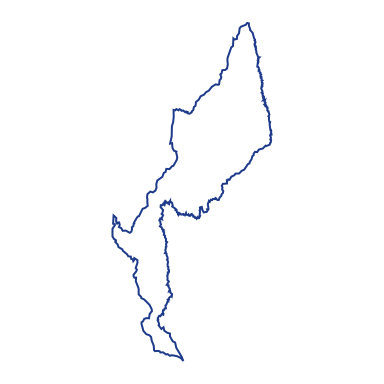 Muak Lek, Lop Buri, Thailand
{"feature_id": "78962969B19510908422026", "entity_name": "Muak Lek", "entity_type": "district", "adm_level": 2, "iso_a3": "THA", "parent_name": "Thailand", "parent_adm1": "Lop Buri", "projection": "equal_earth", "projection_center": [101.32, 14.773], "detail": "fine", "context": "isolated", "style": "outline", "palette": "blue", "viewbox_px": 384, "rotation_deg": 0, "n_neighbors": 0, "source": "geoboundaries", "source_scale": "gbopen_adm2", "svg_char_len": 6025}
<svg xmlns="http://www.w3.org/2000/svg" viewBox="0 0 384 384"><path d="M183.3,361.0L181.6,356.7L176.3,347.8L175.1,342.5L172.7,341.3L170.0,336.5L169.9,333.5L167.3,332.8L164.3,330.7L163.5,327.3L161.4,329.0L158.6,325.3L159.1,324.7L158.8,322.9L157.6,320.2L158.3,319.8L157.7,318.3L159.2,315.8L160.4,316.2L161.7,314.1L163.3,314.8L163.5,313.9L162.8,312.4L163.0,310.3L164.0,310.2L164.6,308.6L165.9,308.4L165.4,305.5L166.3,304.8L167.4,301.8L168.3,301.6L167.7,299.8L169.0,299.6L168.7,298.6L169.2,297.7L171.2,296.1L171.7,296.6L172.1,294.1L170.5,292.8L170.2,291.2L169.0,291.5L169.9,289.1L168.2,286.2L168.5,285.4L167.3,285.0L167.7,284.8L167.3,284.1L167.6,283.3L168.9,281.5L167.4,279.9L167.6,277.8L167.2,275.5L167.8,275.0L167.7,273.2L168.3,272.9L168.0,272.2L169.0,271.8L169.0,270.1L168.2,269.4L168.4,267.0L167.7,266.6L167.6,264.0L168.1,261.8L167.0,259.5L167.7,259.0L167.5,257.3L166.5,255.0L166.6,253.8L166.0,252.9L165.1,253.0L165.7,251.8L165.3,250.0L165.7,249.3L165.8,246.9L166.4,246.6L166.0,243.9L167.1,242.1L165.9,241.4L166.0,238.9L164.9,237.2L165.1,235.7L163.8,234.9L164.2,232.9L163.4,231.9L163.9,231.2L162.9,230.7L163.5,229.7L162.0,229.0L161.8,227.5L159.9,226.3L161.0,224.4L160.4,223.1L160.3,221.3L159.3,220.4L160.3,218.4L161.9,219.2L161.6,218.3L163.1,215.2L161.6,213.9L162.4,212.9L163.1,210.0L160.6,207.2L160.8,205.2L162.1,205.3L163.0,204.0L164.5,205.2L164.8,204.2L164.2,202.5L164.9,201.4L165.4,202.2L165.8,201.5L166.4,202.7L167.5,202.5L167.4,203.1L169.0,204.1L169.2,202.2L170.1,200.8L170.1,202.4L171.1,202.0L172.0,202.7L172.7,205.4L172.2,206.5L175.6,208.8L175.5,209.5L176.1,209.7L175.7,210.2L176.6,210.6L176.9,212.3L178.0,212.6L178.0,213.8L178.3,213.6L178.7,214.8L179.7,213.2L181.2,214.6L183.2,214.0L183.5,214.8L184.4,214.6L184.9,215.2L186.0,213.0L186.4,214.7L187.9,215.1L188.5,214.4L189.2,215.8L190.1,215.8L190.7,214.5L191.8,214.0L192.5,215.6L193.3,215.5L193.5,216.8L194.8,216.8L195.2,218.0L196.4,217.7L196.7,218.5L197.7,217.2L198.1,218.2L199.1,218.1L200.0,216.0L199.6,215.9L200.0,211.3L199.6,210.4L200.2,209.4L199.9,207.5L201.8,206.9L202.5,210.4L203.8,212.4L206.8,211.8L207.6,210.3L207.3,209.5L208.2,209.7L208.5,209.1L207.8,204.0L208.7,201.7L209.3,201.9L209.2,200.9L210.0,201.3L210.8,199.7L212.1,200.1L212.8,199.0L215.1,199.1L215.0,198.4L215.6,198.0L217.4,200.0L218.8,199.9L219.6,197.6L221.4,195.7L221.6,194.3L222.9,193.0L223.3,191.1L222.1,189.4L222.5,187.5L221.8,186.0L222.8,183.9L227.0,183.5L226.9,180.3L227.6,180.5L228.2,179.4L229.5,179.8L231.3,176.7L234.4,175.2L235.5,173.6L239.1,173.5L241.7,170.8L244.2,169.7L247.9,164.1L249.5,163.4L249.8,161.8L251.4,159.5L252.4,156.1L253.6,155.3L253.7,153.6L255.1,151.8L257.2,152.1L258.9,149.5L262.8,148.5L265.5,145.7L266.1,146.1L269.7,144.7L270.1,142.9L270.7,142.6L271.1,139.9L270.3,139.5L271.0,137.8L270.1,135.2L270.5,134.4L271.5,134.6L271.5,133.7L270.9,132.3L271.3,131.0L270.9,129.9L270.4,130.0L269.6,124.5L270.1,122.2L269.5,122.2L268.9,119.4L269.1,117.1L268.4,116.4L269.4,114.6L268.5,111.4L268.1,111.6L267.2,110.1L267.7,108.3L267.4,107.4L266.9,107.5L266.4,106.0L266.0,106.5L265.1,105.4L265.5,104.5L265.2,104.9L265.1,104.1L264.6,104.1L265.6,102.8L264.6,101.8L265.0,100.3L264.3,100.9L264.1,100.1L263.5,100.2L263.8,99.9L263.5,99.0L264.0,99.1L264.0,97.4L263.2,97.3L263.6,96.4L262.7,95.9L263.0,95.4L262.4,94.1L262.8,93.4L261.6,92.7L262.1,92.1L261.5,91.7L262.4,91.8L262.4,91.1L261.2,88.5L261.6,86.4L262.0,87.0L262.5,86.1L262.2,85.5L262.6,83.8L261.9,83.0L262.4,82.6L261.6,80.9L262.3,80.4L261.6,80.0L261.6,78.0L261.1,77.7L261.2,77.3L260.7,77.5L260.4,75.9L261.2,74.5L260.0,73.5L260.4,72.6L259.4,71.8L259.4,70.4L258.7,70.6L258.9,68.1L258.2,66.9L257.3,66.7L257.8,62.5L258.2,62.7L258.4,62.0L258.3,60.0L257.9,59.9L258.5,59.0L258.1,58.4L259.4,57.3L258.2,57.1L256.3,52.5L256.4,51.1L255.7,49.6L256.1,48.9L255.5,47.7L256.0,47.0L255.6,46.1L254.9,46.1L254.5,44.2L255.1,43.9L254.9,43.0L255.5,42.2L254.9,41.2L255.2,41.2L255.0,39.5L254.2,38.7L252.6,32.8L250.0,29.9L250.2,29.2L248.9,25.8L248.9,23.4L247.9,23.1L247.1,23.0L245.8,24.8L241.1,26.6L239.7,28.1L239.0,33.2L237.0,36.2L236.9,38.9L234.6,39.5L233.4,38.4L233.0,46.0L231.2,47.5L227.6,57.8L227.4,60.0L227.8,64.5L227.0,68.6L225.3,69.9L222.3,70.2L221.5,73.5L220.3,74.4L221.3,77.0L220.8,78.8L219.6,80.2L219.1,84.3L218.2,84.8L215.6,84.4L211.7,86.9L208.9,90.6L206.0,92.2L204.1,94.6L200.6,96.3L198.8,99.6L196.0,102.0L195.5,105.8L193.9,107.0L193.3,110.0L191.7,111.5L191.7,112.3L189.6,113.7L187.7,113.3L187.6,111.9L187.0,111.8L186.8,112.5L185.9,111.6L185.1,112.2L183.2,110.5L181.5,110.8L181.0,109.9L179.4,109.2L178.6,110.3L176.3,109.1L175.3,110.3L173.6,109.9L173.7,117.1L173.1,122.3L171.9,126.3L171.7,136.3L170.1,143.6L172.1,143.2L172.5,148.0L173.9,150.6L176.4,151.6L176.1,152.3L177.3,157.2L176.7,160.0L173.4,165.8L172.1,166.2L169.5,169.1L166.3,168.9L165.6,171.9L163.8,172.9L162.4,176.8L157.4,180.4L156.3,184.0L156.5,187.8L155.5,190.5L152.9,192.4L150.3,191.6L147.4,194.2L147.0,198.0L147.5,199.1L147.3,201.7L147.7,205.8L145.1,207.9L142.6,208.8L139.0,216.2L138.0,216.4L136.8,217.8L134.1,222.5L134.3,223.5L133.6,223.9L133.3,226.3L131.9,227.2L132.0,229.3L131.4,231.6L129.8,232.8L125.8,230.6L122.7,230.8L121.2,228.0L119.0,227.1L119.7,224.9L119.1,222.4L118.2,222.4L117.3,223.6L116.7,223.5L116.1,221.1L116.3,218.0L113.6,215.5L113.1,223.7L114.6,224.2L114.9,225.1L112.5,228.8L112.5,236.5L114.0,239.0L115.8,240.0L116.0,241.0L115.3,241.3L115.3,242.0L117.7,244.5L118.5,247.1L122.3,249.3L122.8,250.7L127.0,254.2L128.3,256.3L130.8,256.6L131.2,258.9L132.8,259.3L133.3,261.2L133.9,260.4L134.3,258.1L137.4,260.2L137.5,262.7L135.7,268.0L136.9,269.7L136.1,271.6L133.5,274.8L133.7,276.6L134.4,277.7L136.1,277.6L135.8,281.2L138.6,288.4L138.7,294.4L141.1,296.8L141.3,298.1L144.1,299.4L149.5,304.8L151.7,309.2L151.9,311.2L149.7,313.8L149.0,318.3L146.7,318.1L144.3,318.8L142.9,321.4L141.6,322.2L141.5,323.9L143.4,330.9L146.2,334.1L149.5,335.3L151.1,337.0L151.7,340.6L153.7,345.6L154.1,350.3L155.0,351.1L158.1,350.9L159.6,351.3L160.4,352.5L163.0,352.3L166.1,354.5L167.6,354.1L169.9,355.8L171.8,355.2L177.1,356.2L181.1,358.2L183.3,361.0Z" fill="none" stroke="#1e3a8a" stroke-width="2"/></svg>